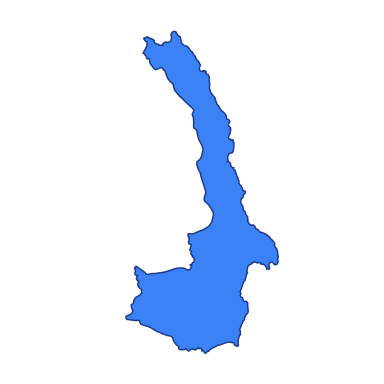 outline of Majene, Sulawesi Barat, Indonesia, rotated 174°
{"feature_id": "22746128B56869239776422", "entity_name": "Majene", "entity_type": "district", "adm_level": 2, "iso_a3": "IDN", "parent_name": "Indonesia", "parent_adm1": "Sulawesi Barat", "projection": "mercator", "projection_center": [118.905, -3.243], "detail": "fine", "context": "isolated", "style": "filled", "palette": "blue", "viewbox_px": 384, "rotation_deg": 174, "n_neighbors": 0, "source": "geoboundaries", "source_scale": "gbopen_adm2", "svg_char_len": 6058}
<svg xmlns="http://www.w3.org/2000/svg" viewBox="0 0 384 384"><g transform="rotate(174 192 192)"><path d="M236.7,54.3L231.8,52.0L228.1,50.9L227.0,50.0L226.2,47.9L225.8,45.7L223.6,41.8L221.5,39.7L221.7,37.8L220.4,36.4L215.5,36.1L214.8,36.6L214.1,36.5L213.3,35.3L211.9,34.2L210.8,34.6L210.4,35.5L208.0,35.9L207.1,35.3L205.0,34.7L201.8,36.4L201.4,35.5L200.0,35.7L198.6,34.7L198.1,33.7L198.6,33.7L198.8,33.0L197.5,32.8L196.2,30.6L195.5,30.4L194.7,30.5L193.6,31.8L192.6,32.0L192.2,31.8L190.2,33.9L189.9,33.8L182.4,36.8L179.7,37.1L174.4,38.5L170.9,39.0L168.7,38.2L168.2,38.4L167.6,37.9L166.8,38.1L166.2,37.8L165.9,35.7L165.1,34.9L164.4,34.8L163.8,34.0L163.4,34.2L162.8,33.9L162.2,34.2L161.9,34.9L161.7,39.6L159.8,44.5L158.9,45.0L158.6,45.6L158.7,47.6L158.4,49.0L159.1,50.4L158.9,50.9L157.8,52.1L157.3,53.8L154.3,58.7L153.3,59.3L152.8,61.6L151.4,63.8L149.2,66.0L148.6,67.2L148.4,72.0L148.8,73.4L148.3,74.3L148.2,75.9L149.6,77.7L150.4,77.4L151.8,77.8L152.4,79.2L152.9,81.8L153.9,82.1L154.6,82.9L154.8,84.4L153.9,85.9L154.6,87.9L153.4,90.0L150.3,96.8L148.6,98.5L146.5,104.0L145.3,105.8L145.2,106.4L145.9,107.1L144.2,112.3L142.5,113.5L139.8,114.6L139.3,115.7L138.1,115.4L137.6,115.9L136.8,116.1L134.4,114.6L132.7,114.8L132.1,114.6L131.5,114.3L131.0,113.2L130.0,112.8L128.9,113.0L128.3,112.7L128.1,112.2L127.0,111.5L125.8,108.9L125.7,107.6L124.2,107.5L123.6,107.0L122.9,107.7L123.1,109.2L122.8,110.3L123.2,110.8L123.2,112.2L122.0,113.5L121.0,113.8L119.8,113.8L118.4,112.6L117.8,111.3L116.6,111.2L116.4,110.9L115.1,111.2L113.7,113.4L113.6,114.9L114.1,116.3L113.1,117.9L113.1,123.6L113.6,124.7L113.4,125.3L113.7,126.5L115.4,129.5L115.7,130.8L115.1,131.5L115.1,132.0L115.9,133.7L117.6,136.3L119.2,137.6L119.3,138.8L122.0,141.5L124.3,143.2L127.0,144.6L128.7,145.0L130.5,147.8L131.1,148.3L132.8,148.9L133.0,149.3L132.9,151.0L133.9,152.3L134.7,152.9L136.0,152.6L137.9,153.6L139.4,156.3L139.7,157.6L139.2,158.2L139.5,159.7L139.2,161.2L140.7,163.9L141.4,167.1L142.7,168.6L143.1,171.1L142.7,171.7L144.5,175.7L144.6,177.6L143.5,180.5L142.5,180.8L141.6,181.7L141.4,182.0L141.6,183.6L139.7,184.8L139.1,185.6L138.8,186.7L139.0,187.2L140.0,187.1L140.2,187.8L141.5,188.8L141.5,190.3L141.8,191.2L144.5,195.9L144.1,198.1L144.7,198.8L144.7,200.7L145.8,203.2L146.0,205.4L146.7,206.1L146.5,207.5L147.0,209.1L147.6,209.2L148.1,210.0L147.8,211.7L149.3,212.0L150.0,212.9L150.9,214.5L150.7,216.5L151.3,216.7L151.5,217.5L153.1,218.4L152.6,218.5L153.1,220.9L152.7,223.7L151.9,225.2L150.4,226.7L148.1,226.7L147.0,227.8L146.2,229.9L146.1,231.2L145.4,233.9L145.2,236.4L145.9,238.4L145.7,239.4L146.0,239.7L148.2,239.5L148.5,240.0L148.1,240.4L148.3,240.6L149.6,240.7L150.1,241.7L150.1,242.7L149.3,243.8L149.3,244.7L148.3,245.6L147.7,247.3L147.7,248.6L147.1,248.9L147.5,250.8L147.4,251.1L146.9,251.1L146.8,251.4L147.8,253.0L148.6,253.7L148.9,255.5L147.0,258.4L147.9,260.1L149.6,260.8L150.2,262.3L149.8,263.6L149.9,264.4L152.0,267.8L154.3,269.8L156.6,274.9L157.7,276.2L159.2,281.4L159.2,283.0L163.3,289.7L163.4,291.7L163.9,293.5L163.1,297.6L163.3,300.8L162.8,304.8L163.5,306.1L163.5,306.8L165.0,307.5L165.4,308.6L166.3,308.9L166.3,310.1L165.6,310.2L166.7,311.3L168.1,311.7L168.5,311.3L168.4,310.8L169.0,310.7L170.3,310.9L171.1,311.5L171.6,312.5L171.8,314.0L171.6,315.4L170.8,316.4L170.3,317.6L170.7,318.0L171.9,321.3L173.9,323.7L174.7,326.9L175.3,327.2L176.4,329.1L176.7,330.0L176.5,330.3L177.1,331.3L177.4,331.3L178.8,332.9L180.3,336.0L181.5,337.3L184.7,338.7L185.7,339.7L186.6,341.1L187.2,343.1L187.5,347.6L188.6,348.3L190.1,350.0L191.3,353.0L192.8,353.6L193.9,353.5L195.0,352.9L196.1,351.6L196.4,350.6L196.2,349.0L196.4,348.1L196.1,347.4L197.4,344.4L198.7,343.4L201.1,343.4L202.5,343.9L203.9,343.7L205.5,342.3L205.7,341.2L206.3,341.0L206.5,341.4L207.4,341.1L208.3,341.2L209.2,341.6L209.8,342.3L212.5,343.2L213.6,344.4L214.1,345.4L214.1,346.2L213.7,346.8L215.7,348.2L215.9,348.7L216.5,349.0L217.5,348.8L218.3,349.3L218.6,350.0L220.1,350.9L220.6,351.0L222.2,350.0L223.5,350.2L223.9,349.4L223.3,348.2L222.3,346.8L221.0,346.2L220.9,345.2L221.4,344.0L221.3,343.1L221.6,341.9L226.1,335.2L225.0,334.4L224.4,333.2L223.8,332.6L222.8,329.8L223.0,329.4L222.6,329.1L221.1,329.3L220.7,328.9L220.3,326.9L220.3,324.2L217.1,319.1L215.8,317.6L214.2,317.6L212.2,318.4L210.1,318.8L208.5,318.4L207.8,317.5L207.8,316.5L206.5,315.9L204.2,307.3L203.2,305.9L202.7,304.7L202.0,304.1L201.4,303.9L201.3,303.0L199.8,301.7L199.3,299.7L198.7,295.1L194.0,288.1L191.5,285.6L190.1,283.6L181.8,274.0L181.6,272.7L183.7,269.3L182.8,265.7L182.9,262.3L183.6,256.8L183.5,255.5L181.1,253.3L180.8,252.2L180.3,246.6L179.6,243.2L177.4,237.6L176.5,233.8L176.9,231.9L179.0,226.0L180.4,223.9L183.9,221.4L184.4,218.9L183.6,214.6L181.6,209.5L181.5,207.1L178.5,192.3L178.3,190.2L180.7,184.0L180.5,181.8L177.2,178.1L175.3,174.8L173.1,169.7L173.0,167.6L173.4,165.7L175.6,160.1L177.9,157.0L179.4,155.8L185.6,153.0L189.3,152.2L195.4,150.1L198.2,150.5L199.1,151.0L200.4,150.5L200.4,148.7L200.1,148.2L200.3,147.5L199.4,147.0L199.8,146.4L200.0,144.2L200.7,142.6L200.7,141.7L200.3,140.6L198.4,139.8L198.2,139.3L200.3,134.6L198.7,132.6L199.5,131.5L199.4,130.0L198.8,129.7L198.7,128.8L197.9,128.2L198.3,127.4L197.5,127.0L196.7,124.4L197.4,122.3L198.8,121.6L200.0,119.9L200.9,119.9L201.4,119.7L201.2,119.2L200.2,118.9L199.8,118.3L200.8,117.2L201.4,115.9L203.0,114.8L204.6,114.9L207.5,116.8L209.8,117.5L215.3,117.8L227.5,115.2L237.2,114.8L241.3,115.1L243.6,114.6L245.2,114.9L246.3,115.4L247.1,116.8L255.2,123.9L256.5,123.2L256.5,122.5L257.2,121.9L257.0,121.5L256.3,121.5L256.3,120.8L256.8,118.1L257.4,117.3L257.3,116.2L256.9,115.5L255.6,114.5L254.7,114.6L254.7,114.2L255.8,113.1L256.3,111.9L256.2,110.7L255.2,109.3L254.8,109.4L254.7,109.0L254.1,108.7L255.7,105.9L255.5,105.0L254.5,102.3L252.3,100.0L252.6,96.7L254.0,95.8L254.2,95.1L259.0,93.0L260.5,91.6L262.0,87.4L264.3,86.0L264.2,83.9L263.4,80.1L263.8,78.5L265.3,77.2L267.6,76.0L269.5,75.8L270.7,74.9L270.9,74.0L270.1,72.1L260.8,69.9L259.4,70.1L257.5,69.2L257.3,67.1L256.6,65.7L249.0,62.5L244.4,59.4L243.7,58.6L240.5,56.5L237.5,55.1L236.7,54.3Z" fill="#3b82f6" stroke="#1e3a8a" stroke-width="1.5"/></g></svg>